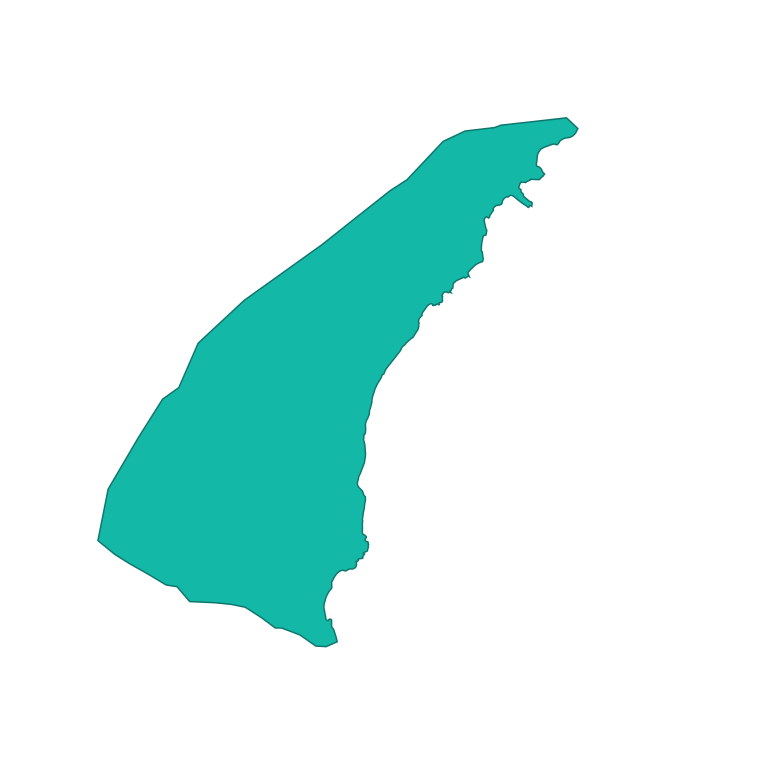 the district of Mutsamudu, Andjouân, Comoros, rotated 137°
{"feature_id": "10938185B74704582538531", "entity_name": "Mutsamudu", "entity_type": "district", "adm_level": 2, "iso_a3": "COM", "parent_name": "Comoros", "parent_adm1": "Andjouân", "projection": "orthographic", "projection_center": [44.366, -12.183], "detail": "fine", "context": "isolated", "style": "filled", "palette": "teal", "viewbox_px": 768, "rotation_deg": 137, "n_neighbors": 0, "source": "geoboundaries", "source_scale": "gbopen_adm2", "svg_char_len": 4581}
<svg xmlns="http://www.w3.org/2000/svg" viewBox="0 0 768 768"><g transform="rotate(137 384 384)"><path d="M657.5,495.2L700.0,464.6L697.1,443.0L692.7,426.4L686.0,405.2L680.4,385.6L673.6,376.9L674.5,357.4L668.8,351.6L656.6,339.1L646.0,327.0L637.7,315.3L632.9,296.3L629.9,279.7L625.4,275.5L616.7,258.0L612.6,238.9L605.5,231.4L594.0,227.4L591.7,231.5L590.4,234.2L588.4,238.4L588.0,240.4L588.0,241.8L586.9,243.3L584.4,245.9L583.3,247.2L583.3,248.2L583.5,248.5L584.0,249.0L584.6,249.3L585.2,249.3L586.0,249.1L586.6,249.4L586.9,249.6L587.0,250.7L586.6,252.0L584.7,254.8L583.5,256.8L582.0,259.0L580.6,261.4L579.1,262.8L577.5,264.1L575.0,265.6L571.9,267.6L568.2,269.0L564.6,270.0L561.6,270.3L560.0,271.8L558.2,274.0L557.4,274.8L554.3,275.8L552.1,276.7L548.0,277.5L545.2,277.5L543.5,277.1L541.2,276.1L540.2,274.3L539.2,273.2L536.6,272.7L535.6,272.4L534.3,271.2L533.2,270.2L532.2,269.7L531.4,269.6L530.8,269.3L529.2,269.5L528.0,270.1L526.6,271.4L525.7,272.6L525.5,273.2L525.3,273.2L524.9,272.7L524.0,272.4L522.8,272.6L522.3,273.5L520.8,272.7L518.6,271.1L518.0,271.3L517.6,272.2L514.2,272.9L514.6,273.8L514.6,274.3L512.9,274.3L510.7,273.3L509.7,273.3L508.6,274.5L508.0,274.6L507.1,275.0L505.2,277.1L504.5,277.3L504.3,278.2L503.5,279.1L503.5,279.9L504.6,281.3L504.6,282.6L503.3,283.6L502.0,283.6L501.1,284.3L501.1,286.3L501.6,287.8L501.9,288.6L501.2,290.0L499.8,291.6L497.4,293.9L496.7,295.0L495.7,295.9L492.6,298.9L492.3,299.6L489.9,301.5L487.6,303.4L482.6,307.1L480.9,308.7L476.8,311.7L474.6,314.1L474.6,316.4L473.1,319.6L472.8,320.6L472.8,323.4L472.9,325.8L472.6,327.2L472.1,328.3L471.4,329.3L470.7,330.0L469.6,330.8L467.7,331.9L466.2,333.1L464.3,334.1L462.9,334.5L458.2,336.8L454.6,338.5L452.8,339.4L451.2,340.4L449.3,342.0L448.0,342.9L445.9,344.8L444.2,346.6L443.5,347.6L442.4,349.0L440.1,351.8L439.0,353.4L437.9,355.4L437.0,357.2L436.0,358.0L433.9,359.9L433.8,360.6L431.5,360.5L429.3,362.4L427.5,364.3L426.1,366.1L424.1,367.9L422.5,368.9L420.3,369.8L418.5,370.4L416.3,371.5L415.5,371.8L413.4,373.8L412.2,374.8L410.4,375.7L407.2,377.7L405.5,378.8L403.6,380.7L402.2,381.7L400.6,382.8L398.6,383.9L395.9,385.3L394.3,386.4L388.4,388.7L383.5,390.0L380.9,390.9L379.6,391.8L378.5,391.7L377.2,391.5L376.1,392.0L374.5,392.8L372.1,393.6L368.1,394.3L359.3,395.6L352.5,396.7L350.3,397.0L348.8,397.4L346.8,398.2L345.6,398.7L343.6,398.7L342.1,398.4L340.0,398.9L333.4,398.8L331.5,398.4L330.5,398.4L327.6,399.3L324.7,400.0L322.4,400.6L321.0,401.3L318.8,402.8L317.8,404.3L316.7,404.6L316.1,406.3L314.5,407.4L312.3,408.1L309.6,408.1L308.1,409.5L307.8,409.8L299.5,411.5L296.9,411.5L294.7,410.7L294.4,410.3L294.3,409.3L294.4,408.5L294.7,408.2L294.3,407.6L293.3,407.3L292.4,406.5L292.0,406.8L290.0,405.7L289.8,404.5L289.4,404.4L288.6,405.7L288.0,405.6L286.0,404.4L284.5,404.9L282.6,407.2L281.5,408.0L281.1,409.3L279.2,409.9L277.2,410.0L276.3,409.5L275.6,408.7L275.2,408.6L274.9,407.1L274.0,406.5L273.2,406.3L272.7,405.1L272.3,407.0L271.8,406.9L271.1,406.7L269.4,407.6L268.2,407.2L267.4,408.0L265.0,410.2L260.7,410.2L257.5,409.2L252.7,407.5L252.4,406.1L248.7,405.3L248.4,404.3L247.2,407.6L246.1,408.3L242.9,408.7L235.4,408.7L231.8,407.8L228.7,406.4L227.9,406.5L226.3,407.7L224.6,410.0L222.0,413.8L222.0,415.0L219.8,417.4L215.5,421.1L211.0,424.2L209.6,424.4L208.6,424.0L207.8,423.4L204.0,426.3L203.5,428.0L201.7,431.2L200.3,433.6L198.6,436.0L196.4,436.7L194.9,436.5L194.4,434.1L193.1,434.0L191.8,435.0L185.4,436.5L184.6,437.8L182.9,438.2L180.3,438.0L176.8,435.7L174.8,435.4L173.0,436.8L170.9,437.6L168.7,437.7L166.9,437.3L166.2,437.1L165.9,436.2L163.3,435.9L162.4,435.3L161.8,434.8L161.0,431.8L160.4,426.9L159.6,421.9L158.4,417.2L158.1,414.7L157.2,414.5L155.6,415.0L154.9,414.3L154.7,413.2L152.1,415.5L152.1,416.9L153.1,418.5L153.9,426.1L152.7,427.8L152.7,431.0L152.0,432.1L151.2,432.8L151.8,434.4L151.8,435.4L149.3,437.1L147.0,438.1L145.9,438.1L142.9,434.7L141.4,434.7L138.2,433.5L136.8,433.5L134.0,430.5L131.1,427.6L130.0,427.5L129.3,427.7L128.3,427.8L127.6,427.6L127.1,427.7L126.2,427.8L126.0,427.6L125.3,427.5L124.9,428.0L123.4,428.0L123.3,431.4L122.4,433.5L122.4,434.9L122.4,436.6L123.6,439.2L123.6,439.7L122.4,441.1L119.9,443.0L116.6,446.1L114.1,447.7L109.1,448.9L105.4,447.9L97.6,444.6L96.1,443.7L94.5,441.2L94.3,440.9L91.7,441.1L89.4,441.8L85.9,441.2L84.9,440.8L83.8,440.2L82.4,439.4L81.1,438.4L79.6,437.5L78.1,437.0L77.4,436.8L74.2,436.7L72.6,436.9L68.0,438.6L69.0,454.2L121.9,493.5L128.2,496.1L152.2,513.7L175.2,521.1L227.9,517.7L247.7,521.2L290.4,524.7L334.4,528.2L429.0,540.5L492.0,540.6L536.5,521.3L556.3,523.9L600.3,512.3L657.5,495.2Z" fill="#14b8a6" stroke="#0f766e" stroke-width="1.5"/></g></svg>